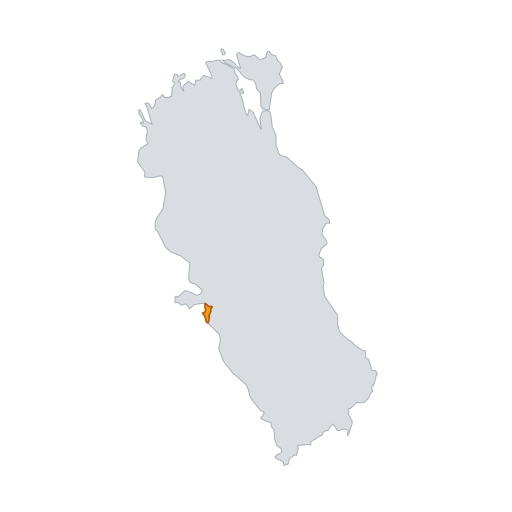 Kilis highlighted on a map of Turkey, rotated 69°
{"feature_id": "TUR-4841", "entity_name": "Kilis", "entity_type": "Province", "adm_level": 1, "iso_a3": "TUR", "parent_name": "Turkey", "parent_adm1": "", "projection": "orthographic", "projection_center": [37.078, 36.822], "detail": "fine", "context": "in_parent", "style": "filled", "palette": "amber", "viewbox_px": 512, "rotation_deg": 69, "n_neighbors": 0, "source": "natural_earth", "source_scale": "10m", "svg_char_len": 4212}
<svg xmlns="http://www.w3.org/2000/svg" viewBox="0 0 512 512"><g transform="rotate(69 256 256)"><path d="M383.8,188.0L390.4,190.1L392.4,188.2L398.4,188.1L403.8,189.1L406.4,185.1L410.2,185.3L411.1,187.2L412.9,187.8L418.7,192.5L418.1,193.1L419.6,194.9L424.4,195.8L425.1,198.3L429.0,201.8L431.4,207.4L430.5,211.6L428.7,214.2L432.3,222.8L431.4,224.0L437.5,226.4L444.8,225.4L447.2,226.5L454.9,232.8L456.9,235.3L451.7,232.4L449.2,235.5L448.3,242.4L440.6,244.2L442.1,248.5L444.4,250.4L444.0,254.6L444.7,256.3L447.1,258.8L447.1,262.6L448.3,266.5L448.7,271.3L452.0,272.5L450.7,274.8L447.8,284.7L448.1,285.4L450.6,285.5L456.5,289.5L455.6,291.1L456.7,297.2L461.9,300.8L461.3,302.9L461.6,305.0L458.0,304.3L451.3,310.4L450.5,310.3L449.4,308.5L448.7,303.0L446.9,301.7L444.7,301.5L441.0,304.3L437.4,304.4L433.9,304.2L424.3,301.4L421.0,302.8L417.3,301.7L410.7,308.9L408.6,309.6L407.4,306.2L404.8,304.5L401.8,307.2L389.9,311.0L384.4,311.9L377.6,311.0L372.0,311.6L356.9,319.7L342.3,324.1L329.1,324.0L321.9,319.4L316.2,318.4L299.4,325.7L291.2,325.5L288.4,322.5L282.1,321.3L280.7,324.1L279.3,330.9L281.5,337.1L277.9,337.5L275.6,338.8L275.0,343.5L271.7,345.3L270.6,348.2L270.0,348.3L264.7,345.8L266.2,343.6L263.0,334.9L264.6,332.2L271.6,325.2L271.4,321.1L268.5,318.2L259.8,323.3L259.0,325.2L257.0,326.8L253.8,327.3L238.5,320.3L229.3,325.9L221.4,334.3L215.4,337.3L198.2,339.0L195.1,340.5L189.3,338.4L185.9,336.0L178.4,325.8L164.0,317.5L148.4,314.7L146.9,316.6L145.8,324.1L142.8,331.0L141.5,331.6L138.1,329.6L125.7,332.9L115.7,327.4L114.1,325.2L112.5,316.8L111.0,316.1L109.3,317.1L107.5,316.9L100.5,312.7L96.6,312.1L93.8,315.4L89.8,316.4L89.8,315.4L91.6,313.3L85.3,313.1L81.9,314.5L77.6,313.0L77.9,312.1L81.7,311.4L90.0,310.9L95.8,305.9L76.1,304.3L74.1,305.3L74.1,302.4L75.4,301.2L80.6,300.7L80.5,298.3L77.6,295.5L74.3,293.8L73.4,287.7L71.8,286.0L72.1,285.2L75.4,284.5L76.6,280.2L76.4,277.5L70.4,274.5L68.9,274.5L67.7,272.1L65.2,270.1L62.8,271.2L57.0,267.0L58.4,264.5L60.0,264.8L60.5,262.8L59.6,259.3L60.0,257.6L61.4,257.3L62.9,257.8L64.2,260.0L64.0,263.8L65.4,266.3L66.8,264.1L69.5,265.7L74.8,265.1L75.9,264.2L72.1,263.9L70.8,262.8L68.5,256.2L71.8,254.7L74.4,251.8L70.4,249.3L71.7,245.1L68.6,239.8L74.1,234.1L74.0,233.2L72.5,232.7L57.1,233.6L57.2,230.8L58.6,228.5L59.3,222.5L60.3,219.4L63.2,218.7L67.2,214.4L73.3,209.4L79.0,210.1L81.5,208.8L84.9,209.0L85.7,211.3L88.5,213.2L93.8,213.5L96.5,212.3L94.3,209.3L97.4,208.7L99.7,209.6L98.2,212.5L98.8,212.8L105.8,212.6L112.8,213.9L120.8,214.3L121.9,213.4L116.6,209.9L120.4,207.5L122.4,207.2L139.2,206.0L139.3,205.4L129.3,203.3L124.4,199.3L123.2,197.2L124.6,192.6L125.8,191.5L129.5,191.6L141.7,194.7L150.7,194.1L160.1,197.8L169.4,197.8L171.5,196.5L174.1,192.2L187.6,185.4L192.4,181.8L213.0,175.1L243.2,177.4L248.6,174.5L251.7,175.6L250.8,177.5L250.9,179.4L254.4,183.9L259.8,186.7L267.4,184.6L270.1,185.4L272.7,192.6L277.4,196.8L279.5,197.2L282.4,194.7L285.2,194.4L289.6,196.9L291.2,199.4L305.9,202.3L308.9,204.4L318.9,206.4L340.7,201.0L348.8,204.2L355.6,205.1L358.4,204.5L367.1,200.1L369.8,197.7L375.2,195.5L381.9,190.7L383.8,188.0ZM104.5,168.7L103.6,171.8L104.6,175.4L107.1,180.5L109.9,183.3L124.0,191.1L121.3,197.0L117.6,197.7L105.2,193.6L99.8,195.6L96.2,194.6L91.0,195.2L89.1,198.7L85.1,202.6L74.3,206.7L63.9,216.0L61.1,217.1L62.7,213.7L62.9,210.6L67.4,207.4L73.4,205.3L75.2,203.2L60.9,202.0L59.9,198.7L61.4,198.2L66.7,193.1L67.5,190.9L67.7,185.3L73.6,182.7L74.3,181.5L74.0,175.9L69.1,172.1L69.4,170.5L73.4,169.5L76.0,165.9L81.5,165.8L84.3,164.2L89.2,163.7L94.6,169.1L101.8,168.0L104.5,168.7ZM56.4,214.8L51.5,215.1L50.1,214.1L51.8,212.6L55.7,211.9L56.7,213.7L56.4,214.8Z" fill="#d9dde1" stroke="#a8b0b8" stroke-width="1"/><path d="M301.4,324.9L299.7,326.0L298.7,326.0L295.1,325.3L294.6,325.4L293.2,325.7L292.8,325.7L292.4,325.6L292.0,325.5L291.6,325.7L291.3,326.1L291.1,326.3L290.9,326.4L290.4,326.2L290.0,325.8L289.9,325.5L290.1,324.6L290.1,324.0L289.9,323.6L289.3,323.0L288.9,322.7L288.5,322.4L288.0,322.3L287.6,322.1L286.2,322.1L282.1,320.6L283.3,319.5L285.2,318.6L286.7,317.6L286.9,315.7L287.6,315.1L288.4,315.6L289.1,317.2L290.6,317.5L292.3,318.6L294.1,320.5L295.1,321.6L295.8,321.2L297.4,322.0L299.5,323.2L301.4,324.9Z" fill="#f59e0b" stroke="#b45309" stroke-width="1.5"/></g></svg>